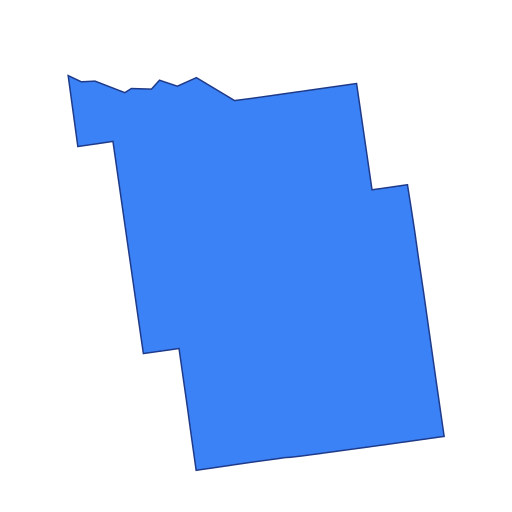 Marshall, Mississippi, United States of America (Mercator projection), rotated 172°
{"feature_id": "52423323B50167951251333", "entity_name": "Marshall", "entity_type": "district", "adm_level": 2, "iso_a3": "USA", "parent_name": "United States of America", "parent_adm1": "Mississippi", "projection": "mercator", "projection_center": [-89.469, 34.745], "detail": "fine", "context": "isolated", "style": "filled", "palette": "blue", "viewbox_px": 512, "rotation_deg": 172, "n_neighbors": 0, "source": "geoboundaries", "source_scale": "gbopen_adm2", "svg_char_len": 608}
<svg xmlns="http://www.w3.org/2000/svg" viewBox="0 0 512 512"><g transform="rotate(172 256 256)"><path d="M345.1,52.1L309.4,52.3L289.7,52.4L254.7,52.3L250.1,51.9L238.4,51.6L202.1,51.4L148.8,51.2L148.7,51.2L94.8,51.2L95.0,106.8L95.1,195.7L95.4,234.3L95.4,258.3L95.7,282.8L96.1,305.5L131.9,305.4L132.4,412.8L238.5,412.7L255.6,412.9L290.2,440.9L310.3,435.1L327.1,443.5L336.3,435.8L356.1,439.2L363.2,436.0L391.1,451.6L404.7,452.8L416.9,460.8L417.2,389.2L381.7,389.4L381.4,276.1L381.2,194.6L381.1,175.1L345.1,175.1L345.0,115.3L345.1,91.3L345.1,52.1Z" fill="#3b82f6" stroke="#1e3a8a" stroke-width="1.5"/></g></svg>